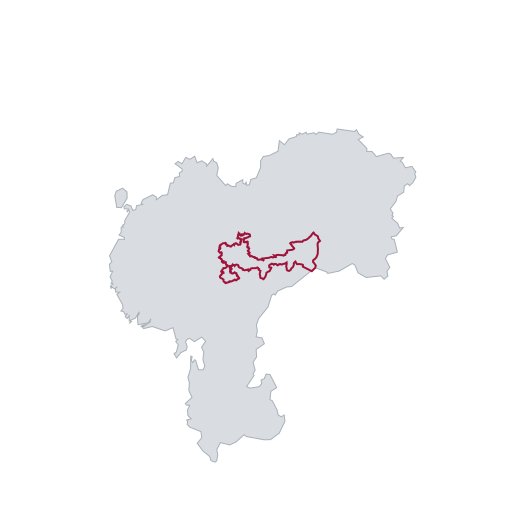 Gansu highlighted on a map of China, rotated 136°
{"feature_id": "CHN-1150", "entity_name": "Gansu", "entity_type": "Province", "adm_level": 1, "iso_a3": "CHN", "parent_name": "China", "parent_adm1": "", "projection": "albers", "projection_center": [103.309, 37.691], "detail": "fine", "context": "in_parent", "style": "outline", "palette": "rose", "viewbox_px": 512, "rotation_deg": 136, "n_neighbors": 0, "source": "natural_earth", "source_scale": "10m", "svg_char_len": 9731}
<svg xmlns="http://www.w3.org/2000/svg" viewBox="0 0 512 512"><g transform="rotate(136 256 256)"><path d="M298.0,375.1L287.8,371.8L286.8,367.8L288.5,365.6L281.4,364.7L277.0,361.5L267.1,367.9L264.6,366.1L259.8,368.7L255.9,366.3L253.3,369.1L250.1,368.3L248.7,370.0L250.1,378.6L246.4,378.2L245.2,373.8L238.0,375.7L236.4,371.5L230.8,370.3L233.6,364.1L228.8,362.1L227.7,356.5L229.0,354.9L219.4,356.0L220.6,353.6L219.5,350.4L221.9,345.6L228.3,341.2L228.9,327.8L226.4,327.8L225.2,323.1L222.3,320.1L219.8,322.1L212.5,320.1L214.8,317.5L214.0,315.2L211.8,316.0L213.5,313.5L211.4,311.8L206.6,314.7L201.4,312.0L191.3,316.4L186.6,321.3L181.5,322.5L176.8,319.1L167.4,316.1L159.1,322.7L158.2,316.3L150.8,317.3L144.1,313.9L142.4,315.0L140.8,313.2L139.5,314.6L137.8,311.3L134.0,310.3L134.7,308.2L128.7,304.4L128.4,301.8L124.7,301.4L116.2,290.2L112.0,289.1L109.4,291.0L98.6,277.1L96.1,277.2L97.3,272.1L96.2,267.2L101.6,268.8L101.5,256.3L103.7,254.5L100.0,250.6L100.3,243.8L89.4,238.0L88.3,235.7L89.2,230.9L81.5,224.5L86.5,224.0L85.7,221.9L87.3,215.7L81.6,212.2L82.7,205.4L84.6,205.0L86.3,201.6L92.2,199.8L96.7,200.0L96.7,202.7L100.5,203.4L105.5,199.3L112.6,200.9L117.2,198.1L126.8,196.6L127.6,191.7L130.1,190.6L129.6,189.1L132.1,188.8L131.4,181.0L133.3,176.4L130.3,174.2L141.2,173.1L145.3,175.9L146.4,173.7L145.0,172.0L151.6,160.6L160.5,165.3L164.7,164.3L167.6,154.9L172.5,154.0L175.0,150.0L180.0,150.3L180.1,155.1L191.6,163.9L194.3,173.0L191.2,180.9L192.0,183.7L206.7,187.4L216.6,193.7L216.3,195.5L221.6,206.5L251.6,209.3L255.4,212.4L264.7,215.7L269.3,214.6L269.4,216.4L272.2,216.8L282.7,211.0L297.8,209.1L303.8,206.0L307.0,201.2L312.1,197.8L308.6,192.9L310.9,187.1L320.8,188.7L325.7,183.0L331.9,181.6L335.9,174.5L340.0,173.3L340.4,171.4L353.5,168.6L352.0,165.0L344.4,159.7L340.5,160.3L338.6,163.2L335.2,162.0L330.7,164.1L328.3,160.9L332.6,146.9L339.2,148.4L345.7,143.0L344.8,140.5L347.8,130.6L350.5,126.2L349.4,122.7L346.2,122.1L350.0,117.0L362.4,112.4L373.2,113.9L377.8,118.1L388.2,132.6L388.8,135.7L399.6,136.1L406.2,138.4L411.2,146.5L418.8,143.9L421.3,139.9L426.5,135.9L428.7,136.2L430.5,140.0L428.6,144.1L429.6,152.5L428.4,162.2L421.2,162.9L417.6,168.0L422.5,178.7L422.5,182.7L419.3,185.1L420.3,186.4L415.8,183.9L415.8,188.4L412.3,192.8L407.4,194.6L409.6,197.1L409.3,199.0L400.3,198.7L397.7,206.0L392.0,211.0L389.3,216.0L381.3,220.4L372.5,229.3L371.9,227.9L375.1,225.7L375.5,223.4L372.2,224.0L371.9,222.8L376.4,214.1L373.1,210.9L369.3,212.3L366.2,218.3L360.3,223.2L358.6,228.1L351.4,229.7L351.4,235.4L359.8,237.2L360.9,242.8L363.2,243.9L366.2,243.3L368.5,238.6L371.3,236.8L377.4,238.7L383.9,237.8L382.8,242.7L380.0,242.2L373.5,246.2L373.1,250.3L370.2,250.3L371.1,251.9L365.5,262.1L373.4,265.3L379.6,277.3L387.3,281.9L387.1,283.6L378.2,282.0L375.3,283.9L379.7,282.7L388.6,288.5L383.3,294.9L380.3,295.5L378.7,297.0L385.9,295.1L392.2,297.4L388.8,301.2L392.0,300.5L392.2,303.3L388.9,304.0L390.8,305.1L389.9,307.8L391.4,310.3L388.1,310.7L385.8,313.6L382.7,325.2L379.3,324.6L382.0,327.7L379.4,330.4L377.0,330.3L380.6,330.6L381.4,335.3L378.1,335.4L379.2,337.0L377.0,337.6L375.4,342.5L369.6,344.6L371.5,346.1L367.2,351.9L363.7,352.0L361.2,357.9L343.2,363.5L339.0,359.4L337.8,361.0L340.0,366.2L336.5,366.7L333.0,370.4L331.2,369.0L330.9,370.8L328.1,370.3L325.7,372.7L316.7,375.2L315.0,378.4L318.0,381.4L316.8,383.2L313.2,383.0L311.2,378.8L313.0,374.4L310.1,372.9L307.0,375.2L301.7,371.8L302.0,373.9L298.0,375.1ZM319.3,384.3L322.4,387.7L315.7,397.5L311.5,399.6L304.9,397.5L304.3,391.7L308.7,387.0L319.3,384.3ZM388.1,285.1L385.7,285.1L383.3,283.5L385.1,283.5L388.1,285.1ZM393.2,295.6L391.5,296.4L391.0,295.4L393.2,295.6ZM382.7,333.5L381.9,334.9L381.8,333.3L382.7,333.5ZM315.9,377.9L317.7,377.1L317.7,378.0L315.9,377.9Z" fill="#d9dde1" stroke="#a8b0b8" stroke-width="1"/><path d="M221.5,206.4L226.4,206.3L229.7,215.8L228.5,216.8L228.5,217.4L230.1,219.8L232.2,221.7L232.2,222.0L231.5,224.6L233.7,224.6L235.2,223.2L237.2,222.4L239.3,222.5L240.3,222.0L240.9,222.0L242.4,222.2L242.7,222.4L243.4,223.7L243.5,224.3L243.4,224.7L242.2,226.2L241.6,227.5L239.8,228.7L239.2,229.2L238.5,230.1L240.6,230.4L241.5,231.2L243.3,231.9L243.7,232.3L243.9,233.1L244.8,233.5L245.0,234.1L246.9,234.2L247.1,234.7L247.1,235.9L247.2,236.5L248.3,237.5L248.6,237.6L249.0,237.3L249.3,237.4L249.2,238.1L249.6,238.7L250.0,239.0L249.8,239.3L249.9,239.5L250.5,239.5L251.5,240.0L253.1,240.1L254.3,238.6L253.1,237.1L253.1,236.9L256.6,235.7L257.0,235.7L257.8,236.2L260.1,236.7L261.2,235.9L263.2,234.8L265.0,234.3L266.7,234.1L266.9,234.2L266.8,235.1L267.9,236.8L267.9,237.4L267.5,238.1L266.9,238.5L266.4,239.6L265.8,240.5L263.1,242.3L263.4,243.0L263.6,244.5L262.8,244.8L262.8,245.7L263.0,246.8L264.6,247.4L267.3,249.9L268.2,250.5L269.2,250.4L269.6,250.0L271.2,250.3L270.9,250.6L271.2,250.9L270.6,251.4L270.7,251.7L271.1,251.9L271.5,251.6L272.1,251.8L272.5,252.7L272.8,253.0L273.6,253.3L274.2,253.7L275.1,255.1L275.1,255.3L274.5,255.6L274.5,256.0L274.8,257.1L275.3,258.1L275.8,258.8L276.0,259.6L276.0,260.6L275.3,261.2L275.2,262.1L276.0,263.4L276.8,263.8L277.9,263.7L277.7,264.0L277.7,264.3L278.6,265.5L278.8,265.5L279.3,265.2L280.2,265.5L279.1,265.8L279.0,266.0L279.7,265.9L280.9,266.0L281.8,267.1L282.2,267.2L282.8,266.6L282.9,266.0L282.9,265.5L282.5,265.3L282.4,264.9L283.0,264.8L282.6,264.3L282.5,263.6L283.3,263.4L284.1,263.6L284.4,263.8L285.5,262.9L285.1,262.1L285.7,261.8L285.5,261.6L285.7,261.3L285.6,260.5L284.9,259.5L284.3,259.6L283.4,259.0L282.7,259.1L282.6,258.8L282.8,258.4L282.7,257.7L282.2,257.3L282.6,256.9L282.6,255.7L282.9,255.4L283.3,255.4L283.6,254.9L283.5,254.6L283.0,253.8L283.4,253.2L283.3,252.7L283.4,251.8L283.6,251.6L284.1,251.6L285.2,252.3L286.5,252.1L287.2,252.3L287.5,252.6L287.6,253.8L289.0,253.9L289.3,254.3L290.2,254.4L291.5,254.9L291.9,255.5L292.4,255.6L292.5,256.1L293.3,256.3L293.6,256.0L293.9,256.2L294.5,256.4L295.1,257.0L296.2,257.2L296.8,257.7L296.8,258.1L296.5,258.7L296.9,259.5L296.8,260.6L295.7,261.7L295.9,262.3L296.0,263.4L296.6,264.3L296.7,265.6L296.0,266.5L294.5,266.7L294.2,266.4L293.8,266.5L292.6,267.1L292.4,266.8L291.1,266.4L291.0,266.9L290.7,267.2L291.3,268.3L291.9,268.9L291.8,269.1L291.1,269.3L290.1,269.3L289.6,269.6L288.4,269.5L287.8,269.9L286.7,268.8L286.0,268.7L285.8,268.5L283.6,268.6L283.0,269.0L283.1,269.8L283.5,270.4L283.4,270.7L283.1,271.4L282.7,271.7L282.0,272.6L282.4,273.1L283.1,273.1L283.9,273.4L284.4,274.1L284.5,275.1L283.6,275.0L283.3,275.1L283.6,275.3L283.9,276.1L283.5,276.3L282.9,277.8L283.0,278.2L283.3,278.4L283.1,278.7L283.2,279.4L283.8,280.1L283.8,280.7L283.3,280.8L283.0,280.4L282.8,280.3L282.1,280.4L281.3,280.8L281.0,280.7L280.7,280.4L280.2,280.4L279.9,280.9L279.1,281.3L278.9,282.0L278.4,282.2L278.3,282.5L278.5,283.0L279.7,283.5L279.6,284.1L279.7,285.1L279.6,285.4L278.1,286.3L276.8,286.0L276.4,286.2L276.1,286.6L276.6,287.4L275.5,288.3L274.9,288.1L274.4,288.7L274.0,288.3L273.1,288.6L272.5,288.3L271.3,288.2L270.7,288.0L269.6,287.0L268.9,286.8L268.8,286.5L268.8,286.1L269.0,285.9L269.5,285.8L269.7,285.2L268.9,284.0L268.8,283.3L269.4,283.0L268.8,282.6L268.0,281.6L268.0,280.8L267.8,280.4L267.5,280.2L265.3,280.2L264.5,279.9L263.7,279.9L263.9,279.1L262.8,279.5L261.7,279.3L261.5,279.1L261.5,278.5L261.2,278.1L261.1,276.4L260.3,275.9L259.6,275.2L258.7,275.4L258.3,275.9L257.5,276.3L257.4,276.5L257.8,276.7L257.8,276.9L256.6,277.0L256.1,277.8L255.4,277.7L254.7,278.0L255.3,278.9L255.2,279.2L255.7,279.5L255.8,279.8L255.7,280.3L255.9,280.7L256.8,281.2L256.6,281.4L256.8,281.8L256.6,281.8L256.1,282.3L255.5,282.5L255.1,282.9L254.5,283.1L254.2,283.7L253.4,283.8L252.5,284.5L252.5,284.0L252.3,283.5L252.8,282.9L253.0,282.1L252.8,281.1L252.2,280.7L252.1,281.3L251.6,281.5L251.0,281.4L250.7,280.3L250.3,279.8L249.4,280.3L248.4,280.0L248.1,280.2L248.0,279.2L247.8,278.6L247.0,278.4L246.6,278.0L245.6,276.1L245.6,275.7L245.8,275.2L246.6,274.3L247.5,274.8L248.7,275.0L249.2,275.4L250.8,275.8L251.1,276.0L251.3,276.4L252.2,277.0L252.8,276.3L253.4,276.4L254.2,275.3L254.6,275.3L255.1,274.6L254.6,273.6L254.1,273.3L253.4,273.1L253.1,272.2L252.6,272.5L252.3,272.5L252.1,271.9L252.7,271.4L253.1,271.5L253.3,270.5L253.8,270.0L254.3,269.9L255.0,269.3L255.5,269.1L255.8,268.5L256.2,268.2L255.8,267.4L255.4,267.3L255.7,266.8L255.7,266.2L256.5,266.1L257.2,265.3L258.3,265.4L258.5,264.7L258.2,263.6L258.3,262.9L258.6,263.0L258.9,262.7L259.2,262.7L260.1,263.0L260.1,262.2L260.3,261.7L259.8,261.1L260.5,259.9L259.6,259.1L259.1,259.0L258.8,257.6L258.4,256.8L257.7,256.2L257.7,255.9L258.2,255.6L258.2,255.3L256.9,254.0L257.1,252.9L257.4,252.7L257.4,252.3L256.7,251.4L256.2,251.2L255.3,250.4L254.9,250.3L254.2,249.9L254.2,249.6L254.4,249.2L254.0,248.7L253.8,247.7L253.6,247.7L252.9,248.6L252.7,249.4L252.1,248.8L249.6,247.1L248.1,245.8L245.5,244.6L245.3,244.4L245.1,243.6L244.9,243.2L243.7,242.8L242.5,241.4L242.3,241.4L242.1,242.1L242.6,242.9L242.5,243.7L242.1,243.1L241.6,242.8L240.4,242.3L238.9,241.1L238.5,240.4L236.2,238.0L236.1,237.3L235.4,237.2L235.1,236.8L234.3,236.4L234.0,236.4L233.7,236.9L233.1,237.3L232.1,237.2L231.8,236.8L231.4,236.7L231.0,237.4L229.7,238.3L225.6,235.3L224.2,234.8L223.4,234.8L223.1,235.4L223.2,236.3L223.0,237.4L223.0,238.4L222.9,238.9L222.7,239.1L222.8,239.8L222.6,241.2L222.6,241.4L222.3,241.5L221.3,241.2L220.0,240.5L219.9,240.3L219.9,239.8L218.7,239.0L218.1,238.9L217.2,238.5L217.0,237.9L216.3,237.6L215.7,236.9L215.2,236.7L214.5,235.6L213.8,235.3L212.9,234.1L211.0,234.2L210.5,233.8L209.4,233.3L208.8,232.8L205.9,232.3L204.3,232.5L203.3,232.2L202.8,232.4L202.0,232.3L201.3,232.7L200.4,232.8L199.5,232.7L198.9,233.0L198.3,232.9L198.7,230.6L197.9,227.6L197.9,227.1L199.0,225.4L199.5,222.4L200.1,222.4L201.6,222.7L203.4,221.9L206.5,218.1L210.2,214.6L213.2,213.2L215.8,212.9L217.5,213.3L218.0,213.1L219.2,211.9L219.1,210.9L219.6,207.6L221.5,206.4Z" fill="none" stroke="#9f1239" stroke-width="2"/></g></svg>